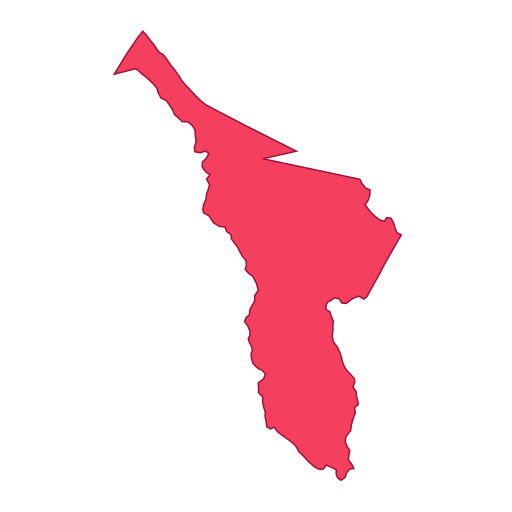 Miguel Pereira, Rio de Janeiro, Brazil, rotated 91°
{"feature_id": "56859067B27142515072049", "entity_name": "Miguel Pereira", "entity_type": "district", "adm_level": 2, "iso_a3": "BRA", "parent_name": "Brazil", "parent_adm1": "Rio de Janeiro", "projection": "mercator", "projection_center": [-43.464, -22.53], "detail": "fine", "context": "isolated", "style": "filled", "palette": "rose", "viewbox_px": 512, "rotation_deg": 91, "n_neighbors": 0, "source": "geoboundaries", "source_scale": "gbopen_adm2", "svg_char_len": 2745}
<svg xmlns="http://www.w3.org/2000/svg" viewBox="0 0 512 512"><g transform="rotate(91 256 256)"><path d="M468.0,185.1L463.8,182.1L466.2,176.3L468.4,171.9L472.4,172.1L476.3,170.6L478.8,167.1L475.7,162.9L471.0,161.7L467.3,158.4L466.8,154.4L462.4,156.7L458.1,160.1L452.8,159.5L448.8,158.9L444.3,161.9L439.8,163.6L435.1,162.8L432.1,161.0L429.3,158.4L423.2,157.7L416.9,156.0L411.4,154.0L405.8,154.8L402.8,151.2L399.2,151.7L395.0,153.0L389.8,153.6L385.4,156.8L380.7,155.0L377.2,155.4L373.1,158.9L369.8,162.3L366.4,165.0L362.9,166.8L359.3,168.0L355.2,168.9L350.4,170.7L345.6,173.1L340.3,177.2L334.6,178.4L329.4,177.8L324.1,177.9L319.6,177.5L315.2,179.8L310.7,181.0L308.3,185.0L304.1,185.1L300.8,183.6L298.9,179.8L296.3,176.8L297.5,171.9L301.5,169.4L301.9,165.2L299.1,161.5L296.7,158.3L294.3,152.5L297.2,147.5L294.7,144.4L285.5,139.5L280.1,136.7L275.7,134.2L261.1,126.9L232.3,111.1L230.2,115.5L225.3,117.6L221.1,118.7L215.9,121.6L215.3,126.0L219.1,128.3L217.6,133.2L214.0,137.9L210.8,141.5L206.5,145.1L202.9,147.7L197.7,144.6L192.8,143.2L187.8,143.2L186.2,147.5L181.5,151.5L177.5,153.4L172.4,179.7L158.7,250.7L155.4,237.7L150.5,217.5L140.0,239.3L130.1,259.7L125.7,268.9L124.1,272.1L107.7,304.9L105.6,309.0L101.3,314.5L97.3,318.7L93.9,322.0L90.8,324.9L86.8,329.0L81.7,333.4L77.1,336.3L73.0,339.3L66.6,344.6L61.0,348.5L56.3,352.2L54.4,355.8L50.5,359.1L45.8,362.3L41.8,365.8L36.7,369.7L33.2,373.1L39.4,377.9L54.6,387.8L57.9,389.9L76.7,400.9L70.8,379.5L73.1,376.2L75.9,373.4L79.1,368.9L83.4,364.2L87.0,360.4L90.2,357.9L94.7,356.5L99.6,353.8L102.2,348.3L107.3,344.6L111.7,341.8L115.9,340.0L119.0,336.3L123.0,332.0L123.0,326.5L126.5,322.1L131.2,319.0L135.5,319.0L139.7,318.3L143.3,317.9L148.3,319.6L152.8,319.0L153.8,313.5L151.9,308.3L154.3,304.9L158.9,307.4L163.0,311.2L167.2,311.4L170.5,309.6L173.7,306.6L175.4,303.3L179.9,306.8L185.4,303.7L191.0,305.1L195.3,306.6L200.1,307.0L204.8,309.0L209.7,310.0L213.7,309.2L216.7,303.7L220.0,301.4L223.6,299.0L227.1,292.9L227.6,287.6L232.1,285.7L235.1,281.3L239.2,281.0L243.2,278.0L246.6,275.2L252.2,272.1L256.2,269.8L260.5,266.0L265.2,265.4L269.7,266.6L273.6,262.9L276.1,259.3L279.1,257.3L283.5,255.0L290.4,253.2L295.6,256.6L301.3,256.6L304.9,258.7L309.4,261.1L315.1,261.7L317.9,265.0L321.8,266.3L326.2,262.9L330.9,260.9L335.5,260.7L338.7,262.3L342.7,261.1L346.4,258.9L350.6,258.0L354.0,259.3L358.7,258.7L363.4,257.1L366.1,254.6L368.9,251.2L370.4,247.4L374.2,244.6L378.7,246.3L382.8,251.6L388.5,251.1L392.4,251.1L396.9,246.8L401.9,246.8L407.2,245.6L412.0,244.0L415.9,244.2L421.2,243.0L426.7,242.2L428.7,238.3L426.7,234.7L431.1,231.7L433.6,228.5L439.9,219.2L444.5,213.6L447.3,211.7L450.6,210.0L455.2,205.1L460.7,199.8L465.2,194.7L467.9,190.1L468.0,185.1Z" fill="#f43f5e" stroke="#9f1239" stroke-width="1.5"/></g></svg>